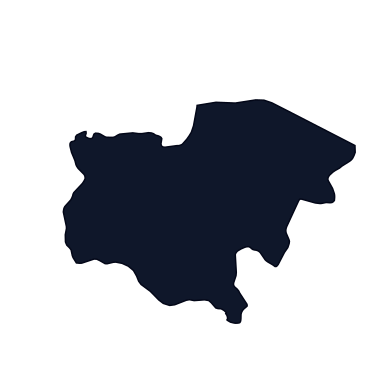 outline of Oio, rotated 27°
{"feature_id": "GNB-772", "entity_name": "Oio", "entity_type": "Region", "adm_level": 1, "iso_a3": "GNB", "parent_name": "Guinea-Bissau", "parent_adm1": "", "projection": "orthographic", "projection_center": [-15.268, 12.289], "detail": "fine", "context": "isolated", "style": "filled", "palette": "ink", "viewbox_px": 384, "rotation_deg": 27, "n_neighbors": 0, "source": "natural_earth", "source_scale": "10m", "svg_char_len": 2839}
<svg xmlns="http://www.w3.org/2000/svg" viewBox="0 0 384 384"><g transform="rotate(27 192 192)"><path d="M236.9,76.3L316.1,76.6L319.4,82.6L319.8,86.0L319.8,89.4L319.2,91.5L318.5,93.0L313.9,100.7L312.6,103.7L309.8,107.9L308.5,110.3L306.8,114.9L306.7,117.4L307.3,119.1L308.3,120.1L315.6,125.0L319.5,128.8L320.2,129.7L320.9,130.8L321.7,132.4L322.7,134.9L322.3,136.5L321.5,137.8L320.4,138.6L319.0,139.3L317.5,139.9L316.1,140.6L312.7,143.3L311.4,144.1L306.8,145.8L292.9,148.6L291.4,149.3L291.0,150.9L292.1,180.0L292.4,181.8L292.9,183.4L293.6,184.6L294.5,185.8L300.0,190.4L301.2,191.7L302.0,194.0L302.6,198.0L301.8,203.8L301.7,217.5L301.1,219.9L299.9,220.7L296.7,220.2L291.2,219.9L289.4,219.6L288.0,219.2L280.3,215.0L279.3,214.7L278.3,214.5L276.8,214.5L275.3,214.8L273.9,215.3L272.3,215.6L270.7,215.4L269.2,214.9L267.7,214.9L266.5,215.4L265.3,216.2L264.2,217.2L261.5,220.5L259.3,224.0L258.8,226.1L258.9,228.0L268.0,243.6L269.2,246.6L270.3,253.8L270.8,255.3L271.7,256.4L273.1,257.2L276.3,258.0L278.7,259.1L280.2,260.3L292.0,267.1L292.9,268.5L292.4,270.0L291.3,272.6L290.8,274.7L290.8,276.6L290.9,277.3L291.2,278.7L293.2,282.9L293.9,284.8L294.0,285.9L293.8,286.8L293.4,287.2L292.5,287.9L291.3,288.6L290.0,289.3L288.4,289.8L285.3,290.5L282.0,290.3L281.2,290.1L281.1,288.3L279.3,286.2L277.2,285.0L277.3,283.9L274.3,283.0L271.0,282.8L268.1,284.1L265.8,284.5L259.4,281.9L256.2,281.1L252.1,282.4L243.2,287.8L238.6,289.1L236.1,291.0L227.8,300.3L223.6,303.2L217.0,304.3L211.5,303.3L199.9,299.4L188.6,297.5L185.0,295.7L180.9,292.1L175.5,288.5L168.9,287.0L162.1,287.3L155.8,289.1L153.7,290.4L148.9,294.5L147.1,295.3L140.8,295.0L137.6,295.1L135.2,296.2L126.1,305.4L124.4,306.4L121.2,307.7L115.9,304.5L114.3,303.1L110.5,298.4L108.1,297.3L104.6,296.2L103.0,294.9L101.9,293.9L98.5,287.6L96.7,281.5L95.7,279.7L86.4,268.2L85.6,265.8L85.3,264.5L85.3,262.6L87.6,254.0L87.6,251.5L87.4,249.5L87.0,247.9L87.0,246.1L90.5,234.0L90.8,230.8L90.7,228.5L89.9,227.2L89.0,226.1L87.7,225.3L79.9,222.7L78.6,222.0L77.3,221.2L76.2,220.3L73.4,217.1L66.7,211.4L62.8,206.9L62.0,205.7L61.4,204.4L61.3,203.1L61.8,201.9L64.1,199.9L64.4,198.0L63.8,197.0L63.2,195.6L63.5,193.6L66.8,189.2L68.6,187.2L70.1,186.3L71.0,187.7L71.5,190.5L72.5,191.2L73.9,191.2L75.8,191.1L77.4,190.5L78.6,189.6L78.8,187.7L78.5,186.2L78.4,184.8L79.3,183.4L81.9,182.3L84.0,182.0L89.5,182.3L91.1,182.0L96.8,179.2L98.3,177.8L99.9,175.1L101.4,173.2L112.4,166.2L118.0,164.2L120.9,162.7L126.3,158.9L129.1,157.8L131.4,157.5L132.8,157.8L134.1,157.8L135.0,157.6L136.4,157.3L138.1,157.2L139.7,157.4L140.9,158.2L142.4,163.0L143.3,164.2L144.4,165.0L146.0,165.0L147.7,164.3L157.4,157.6L158.8,156.9L160.3,155.7L161.7,153.9L163.4,147.3L164.0,143.1L164.3,139.1L163.3,132.3L157.9,114.2L157.2,112.5L172.6,101.2L190.2,93.1L207.0,81.0L214.5,77.5L222.7,76.3L236.9,76.3Z" fill="#0f172a" stroke="#020617" stroke-width="1.5"/></g></svg>